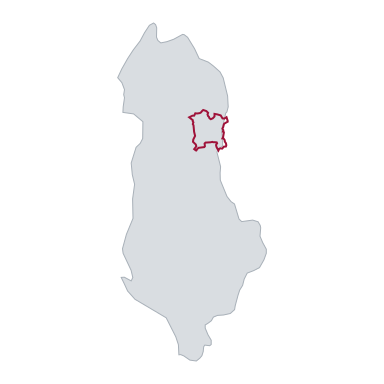 Dibër, Dibër, Albania shown in context
{"feature_id": "67620474B73468897065558", "entity_name": "Dibër", "entity_type": "district", "adm_level": 2, "iso_a3": "ALB", "parent_name": "Albania", "parent_adm1": "Dibër", "projection": "mercator", "projection_center": [20.381, 41.713], "detail": "fine", "context": "in_parent", "style": "outline", "palette": "rose", "viewbox_px": 384, "rotation_deg": 0, "n_neighbors": 0, "source": "geoboundaries", "source_scale": "gbopen_adm2", "svg_char_len": 2560}
<svg xmlns="http://www.w3.org/2000/svg" viewBox="0 0 384 384"><path d="M122.9,112.4L123.2,106.8L124.5,97.7L123.7,94.7L124.5,89.6L121.9,82.7L117.7,77.7L121.8,68.9L127.8,58.3L133.3,49.9L140.1,41.0L144.6,32.6L149.4,25.3L153.6,23.0L155.6,24.6L156.7,27.8L156.5,37.2L157.9,40.5L160.8,42.9L166.8,41.7L173.6,39.3L182.6,34.4L184.2,34.7L187.6,37.3L194.5,48.6L199.2,58.6L208.3,62.1L213.4,66.0L220.0,71.9L223.2,77.9L227.6,96.0L228.2,106.9L226.9,111.9L225.7,113.2L221.7,131.0L222.6,140.0L222.6,145.9L219.2,148.3L216.9,152.0L220.6,166.7L220.1,173.0L220.3,180.2L227.0,196.5L231.0,201.6L234.5,204.0L239.0,219.0L241.7,221.6L252.7,220.1L258.1,221.8L260.2,225.4L260.7,227.8L260.0,236.2L262.7,242.6L266.3,249.2L266.3,253.3L263.9,259.9L259.5,267.6L253.7,270.6L247.2,273.1L244.2,279.1L242.6,285.4L239.7,290.1L238.0,295.3L235.2,305.8L234.6,309.6L230.3,313.5L223.5,315.0L217.5,315.4L213.4,317.1L211.4,320.7L207.5,323.6L205.2,324.9L205.2,328.1L208.0,334.8L211.2,340.2L211.2,344.5L209.7,345.7L204.8,345.1L203.7,346.7L203.2,351.6L201.9,355.7L199.8,358.2L196.3,361.0L189.9,360.1L183.8,355.9L180.7,354.6L178.9,354.8L178.4,344.7L175.8,336.8L166.2,317.8L135.0,299.3L127.6,291.0L124.4,284.0L121.2,277.4L124.3,277.2L127.3,278.8L131.2,280.9L132.8,277.5L131.1,270.3L123.1,253.3L122.5,248.7L126.4,234.4L133.0,218.4L132.6,199.0L134.6,184.3L132.3,174.7L131.2,163.0L136.1,147.3L140.2,143.4L142.7,138.5L142.9,121.7L133.6,113.9L122.9,112.4Z" fill="#d9dde1" stroke="#a8b0b8" stroke-width="1"/><path d="M197.1,113.5L195.3,113.3L194.2,115.6L192.4,115.7L189.2,117.3L192.8,120.2L192.8,121.5L193.4,122.3L192.8,124.1L193.5,125.3L194.1,131.8L195.1,135.9L193.3,139.5L193.0,141.8L195.8,144.5L196.3,146.3L195.1,148.0L194.2,149.1L195.8,150.4L196.3,150.5L197.4,148.8L198.7,147.8L201.1,147.5L204.3,147.1L204.9,146.3L204.6,143.5L205.5,142.6L210.4,142.3L212.4,141.9L213.1,142.2L214.9,142.2L216.7,142.4L217.1,143.3L216.2,144.5L216.1,145.5L216.6,147.2L218.4,150.5L219.2,148.8L220.3,148.4L222.2,148.6L223.0,147.7L223.8,146.7L225.9,146.5L226.3,145.4L226.1,143.9L225.8,143.0L224.8,141.6L224.7,140.2L223.4,138.3L222.5,138.3L223.0,137.3L223.3,136.0L223.5,134.7L223.9,132.5L223.5,131.5L223.0,131.5L223.3,130.2L222.4,128.6L222.7,127.9L223.1,127.4L223.5,125.9L223.8,124.6L224.2,123.7L226.2,122.5L227.7,121.7L227.7,120.9L226.5,117.2L224.3,118.6L222.5,118.4L220.7,115.4L217.3,114.4L214.5,113.9L214.5,116.5L212.8,118.3L210.8,119.2L209.5,118.3L208.9,116.8L208.1,116.1L207.5,114.4L208.1,112.8L206.4,111.1L205.3,110.7L203.2,110.0L201.9,111.2L201.0,112.4L199.8,113.1L197.1,113.5Z" fill="none" stroke="#9f1239" stroke-width="2"/></svg>